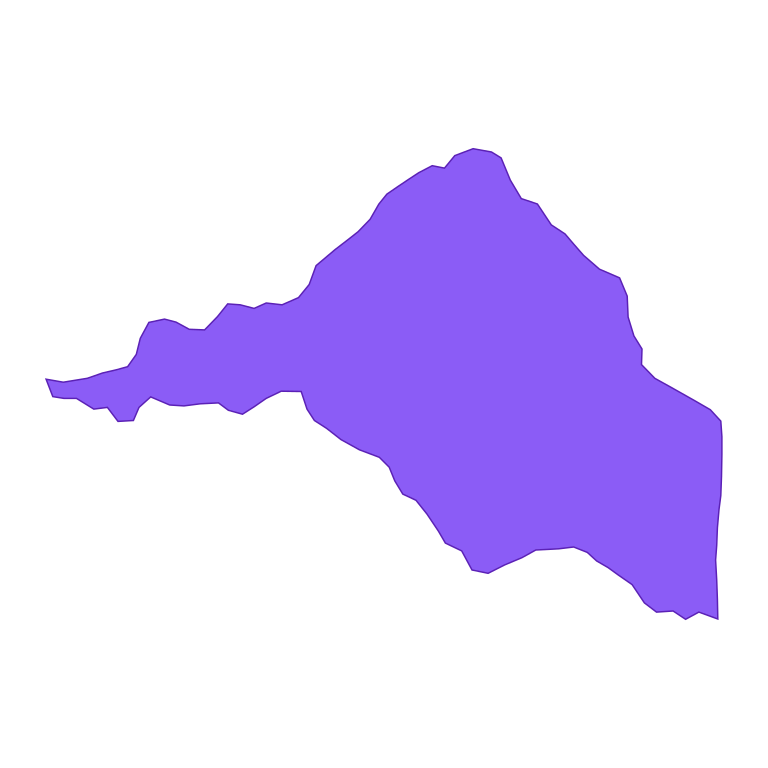 outline of Morro da Fumaça, Santa Catarina, Brazil
{"feature_id": "56859067B42300918373881", "entity_name": "Morro da Fumaça", "entity_type": "district", "adm_level": 2, "iso_a3": "BRA", "parent_name": "Brazil", "parent_adm1": "Santa Catarina", "projection": "equal_earth", "projection_center": [-49.259, -28.637], "detail": "fine", "context": "isolated", "style": "filled", "palette": "violet", "viewbox_px": 768, "rotation_deg": 0, "n_neighbors": 0, "source": "geoboundaries", "source_scale": "gbopen_adm2", "svg_char_len": 1552}
<svg xmlns="http://www.w3.org/2000/svg" viewBox="0 0 768 768"><path d="M46.1,379.2L52.8,396.6L64.0,398.4L76.5,398.4L93.8,409.1L107.4,407.4L118.0,421.4L133.4,420.5L139.0,407.4L150.7,396.9L169.7,405.0L184.0,405.9L200.2,403.8L218.5,402.9L228.4,410.3L242.5,414.2L254.1,406.8L266.2,398.4L281.2,391.2L301.2,391.5L307.0,409.1L314.4,420.5L326.5,428.3L341.0,439.6L359.4,449.8L379.3,457.3L389.2,467.2L394.8,480.9L402.8,494.1L416.0,500.3L427.0,514.1L438.4,531.1L445.4,543.1L461.7,550.9L472.0,570.0L488.1,573.3L504.7,564.9L521.9,557.7L535.8,550.0L547.7,549.4L558.7,548.8L573.7,547.0L587.3,552.4L596.7,561.0L608.1,567.6L618.0,574.8L632.1,584.6L644.4,602.9L656.5,612.1L673.1,611.0L685.6,619.3L698.8,612.1L717.8,619.0L717.4,599.3L716.7,579.9L715.6,560.1L716.7,545.5L717.4,527.8L719.0,509.6L720.8,495.6L721.5,476.4L721.9,454.3L721.9,436.7L720.8,421.1L710.3,409.7L694.4,400.5L674.2,389.1L654.8,378.3L641.5,364.6L642.0,349.0L633.9,335.9L628.1,317.0L627.2,296.1L619.6,277.9L599.5,269.2L583.6,255.4L573.7,244.1L565.0,233.9L551.3,224.9L537.4,204.0L521.3,198.6L510.3,180.1L501.1,157.9L491.5,152.0L473.1,148.7L454.8,155.6L444.5,168.1L432.2,165.7L418.9,172.6L409.3,178.9L399.0,185.8L386.9,194.1L378.9,204.0L370.1,219.3L358.0,231.8L347.3,240.2L335.2,249.5L316.1,265.6L309.2,284.5L298.5,297.6L282.1,304.8L266.2,303.0L254.1,308.4L240.2,304.8L227.7,303.9L217.4,316.7L204.6,329.9L189.2,329.3L176.0,322.1L164.5,319.1L148.9,322.4L140.3,338.3L136.3,354.4L127.6,366.7L115.5,370.0L102.5,373.0L87.3,378.3L63.3,382.2L46.1,379.2Z" fill="#8b5cf6" stroke="#5b21b6" stroke-width="1.5"/></svg>